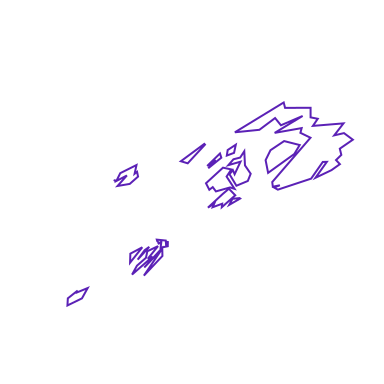 Lurøy nor, Norway, rotated 329°
{"feature_id": "86288312B55953165899475", "entity_name": "Lurøy nor", "entity_type": "district", "adm_level": 2, "iso_a3": "NOR", "parent_name": "Norway", "parent_adm1": "", "projection": "equal_earth", "projection_center": [12.805, 66.444], "detail": "medium", "context": "isolated", "style": "outline", "palette": "violet", "viewbox_px": 384, "rotation_deg": 329, "n_neighbors": 0, "source": "geoboundaries", "source_scale": "gbopen_adm2", "svg_char_len": 1974}
<svg xmlns="http://www.w3.org/2000/svg" viewBox="0 0 384 384"><g transform="rotate(329 192 192)"><path d="M259.5,162.9L281.8,173.4L301.3,171.4L302.6,180.6L326.0,183.8L293.3,183.9L318.9,193.7L315.4,197.1L321.5,206.5L265.9,224.8L264.0,229.1L270.8,231.5L264.6,230.3L266.8,234.2L301.0,241.9L319.6,233.6L323.1,235.6L305.2,243.4L322.8,245.1L333.1,244.3L331.9,238.8L339.1,237.1L341.0,231.0L356.8,230.0L352.6,219.8L343.1,216.7L357.2,211.2L329.7,197.6L337.5,194.0L332.1,189.1L337.0,180.9L315.1,167.8L316.7,162.5L259.5,162.9ZM297.2,195.8L280.8,196.6L271.5,202.6L267.1,214.8L299.3,212.1L308.5,207.2L297.2,195.8ZM231.1,187.1L208.5,191.7L208.0,199.0L212.3,198.5L212.8,203.8L227.0,207.7L230.1,211.2L229.6,196.6L237.3,192.9L231.1,187.1ZM257.8,184.0L251.0,187.3L244.4,185.3L237.0,187.7L249.2,191.0L237.7,198.7L238.3,194.4L233.3,196.0L233.3,209.5L245.5,211.3L251.7,206.6L251.1,196.5L257.8,184.0ZM132.9,143.6L144.7,144.3L131.3,148.5L142.8,153.0L153.7,151.0L155.3,146.4L152.2,146.8L158.3,140.3L140.2,138.9L132.9,143.6ZM225.3,208.2L217.4,209.5L197.6,213.6L205.1,213.4L201.9,215.7L211.8,217.6L209.7,220.4L227.4,217.1L225.3,208.2ZM135.0,220.9L123.2,219.8L118.6,224.7L106.9,226.8L98.1,231.9L124.9,227.1L119.8,226.4L135.0,220.9ZM43.2,217.6L30.8,219.2L26.8,225.1L42.9,226.5L53.1,220.6L40.1,218.6L43.2,217.6ZM198.3,159.9L203.1,165.2L227.5,158.1L227.3,157.1L198.3,159.9ZM137.7,224.6L112.2,232.1L136.5,225.6L107.7,238.9L133.7,231.6L137.7,224.6ZM120.9,213.8L107.4,213.1L102.5,220.7L120.9,213.8ZM144.5,220.1L137.3,214.7L136.9,216.2L137.4,218.4L136.5,218.6L137.3,218.7L136.1,219.3L140.3,218.6L136.4,223.6L143.3,226.0L146.0,221.7L142.0,225.1L144.5,220.1ZM253.9,174.0L244.2,174.4L240.6,178.7L248.2,180.1L253.9,174.0ZM235.8,173.4L218.4,177.5L228.7,176.5L218.2,180.0L234.8,177.7L235.8,173.4ZM127.1,217.0L121.5,217.5L110.6,222.0L127.1,217.0ZM223.2,218.7L217.3,222.2L229.9,222.4L229.6,221.7L223.2,218.7ZM131.6,142.1L130.8,142.3L132.1,142.5L131.6,142.1Z" fill="none" stroke="#5b21b6" stroke-width="2"/></g></svg>